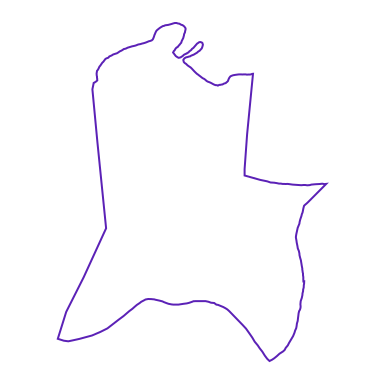 Cap Estate/Mon Du Cap, Gros Islet, Saint Lucia
{"feature_id": "8701671B34039397692989", "entity_name": "Cap Estate/Mon Du Cap", "entity_type": "district", "adm_level": 2, "iso_a3": "LCA", "parent_name": "Saint Lucia", "parent_adm1": "Gros Islet", "projection": "orthographic", "projection_center": [-60.937, 14.106], "detail": "fine", "context": "isolated", "style": "outline", "palette": "violet", "viewbox_px": 384, "rotation_deg": 0, "n_neighbors": 0, "source": "geoboundaries", "source_scale": "gbopen_adm2", "svg_char_len": 4860}
<svg xmlns="http://www.w3.org/2000/svg" viewBox="0 0 384 384"><path d="M269.5,361.0L272.1,359.7L274.2,358.3L276.9,356.1L279.5,353.7L283.1,351.4L284.7,349.9L285.7,347.9L287.8,345.4L289.0,343.0L293.1,336.1L294.5,332.7L295.1,330.6L296.2,328.2L296.6,326.1L296.9,323.6L297.7,320.9L298.0,318.2L298.3,315.9L298.6,313.3L299.1,311.2L300.0,309.6L300.5,307.8L300.6,306.2L300.4,304.3L300.7,301.1L301.8,297.9L302.4,295.1L302.5,293.4L303.1,291.1L303.1,289.8L303.7,287.5L303.8,285.2L304.1,283.5L304.2,281.3L303.4,281.4L303.3,279.2L303.3,277.1L303.0,275.2L303.0,273.5L302.6,271.9L302.6,271.2L302.3,269.7L302.3,268.6L301.8,266.0L301.5,264.1L301.2,262.3L300.9,260.3L300.2,258.0L299.5,255.1L299.4,253.5L298.9,251.1L297.8,248.4L297.4,245.9L296.7,242.5L296.5,240.9L295.9,237.5L295.9,236.9L296.1,235.4L296.4,233.7L296.8,231.9L297.3,229.6L297.7,227.8L299.4,223.7L299.6,222.1L300.1,220.0L300.6,218.4L301.4,216.1L301.9,214.0L302.5,212.7L302.9,210.9L303.3,208.7L303.7,207.1L304.1,205.7L305.4,204.5L306.5,203.6L307.9,202.3L326.2,183.9L324.5,184.1L322.2,183.7L319.8,184.0L317.8,184.1L315.9,184.2L313.5,184.4L311.4,184.6L309.7,185.1L307.3,185.3L305.2,185.0L303.5,185.0L301.3,185.2L292.6,184.6L289.1,184.1L287.5,183.9L286.0,184.0L282.4,183.9L280.9,183.6L279.0,183.6L276.7,183.1L274.1,182.7L270.6,182.5L267.4,181.4L265.6,181.0L260.7,180.0L259.9,179.8L244.6,175.5L244.6,169.1L247.1,134.4L253.0,73.8L252.1,73.9L251.2,74.3L250.2,74.5L248.9,74.5L247.6,74.6L246.6,74.6L245.7,74.4L244.5,74.4L243.7,74.4L242.5,74.5L241.2,74.4L240.4,74.4L239.1,74.4L238.0,74.5L235.8,74.8L235.0,74.9L234.1,75.1L233.3,75.2L232.1,75.6L231.4,75.9L230.5,76.3L229.9,77.0L229.3,77.8L228.6,79.2L228.3,80.0L227.9,81.1L227.0,82.0L226.5,82.3L225.7,83.1L224.6,83.4L223.5,83.8L223.0,84.2L222.2,84.5L221.2,84.6L220.1,84.9L219.2,84.9L217.9,85.6L217.0,85.2L215.4,85.1L214.1,84.6L212.7,83.9L211.7,83.3L210.1,82.5L208.8,82.0L207.7,81.6L206.5,80.9L205.6,80.0L205.1,79.6L204.0,78.8L202.7,78.2L201.5,77.3L200.4,76.4L199.3,75.6L198.2,74.7L196.9,73.8L195.4,72.4L194.2,71.2L193.0,69.9L192.0,68.8L190.7,67.5L188.6,66.1L187.5,65.3L186.1,63.9L185.3,63.4L184.7,63.0L183.8,62.0L183.5,60.8L183.3,60.0L184.1,58.7L184.9,58.0L186.2,57.3L187.3,57.1L188.3,56.8L189.1,56.5L190.0,56.4L190.9,55.8L191.5,55.5L192.8,55.0L193.8,54.6L195.1,53.8L196.5,53.0L197.4,52.4L197.9,51.8L198.7,51.3L199.8,50.6L200.8,49.4L201.7,48.5L202.3,47.0L202.6,45.9L202.9,44.7L202.6,43.7L202.4,43.0L201.8,42.5L200.9,42.2L200.1,42.0L199.0,42.3L198.1,43.0L197.1,43.6L195.9,45.0L193.4,47.9L192.0,48.9L191.3,49.9L190.7,50.4L189.4,51.3L188.4,52.5L187.3,52.9L186.7,53.6L185.8,53.8L183.9,54.8L182.7,56.0L181.6,56.7L180.5,57.4L179.3,57.7L178.6,57.8L177.6,57.3L176.7,56.7L175.8,56.1L174.9,54.9L174.3,54.1L173.6,53.2L173.1,52.5L173.8,51.1L174.7,50.2L175.5,48.7L176.7,47.4L177.5,47.2L178.9,45.4L179.8,44.5L180.4,43.6L181.2,42.8L181.7,41.1L182.5,39.5L183.3,37.9L183.6,36.6L183.9,35.7L184.1,34.2L184.7,32.9L185.0,32.2L185.1,31.2L185.3,30.5L185.5,29.7L185.6,28.9L185.5,28.2L185.0,27.5L184.6,26.9L184.2,26.4L182.5,25.1L181.6,24.9L180.9,24.6L179.4,23.7L178.0,23.5L176.5,23.0L174.8,23.0L173.3,23.4L171.8,23.9L170.4,24.3L168.2,24.9L165.9,25.2L165.2,25.3L163.9,25.9L162.8,26.1L161.6,26.8L160.6,27.4L159.7,28.0L158.3,29.1L157.1,30.1L156.4,30.8L156.0,31.6L155.5,32.5L155.0,33.9L154.6,34.6L153.9,36.8L153.6,37.6L153.3,38.3L152.9,39.2L152.5,39.7L151.7,40.4L150.0,41.0L149.1,41.2L148.5,41.4L147.6,41.8L145.6,42.6L143.3,43.3L142.3,43.5L140.4,44.1L138.2,44.5L136.0,45.4L135.0,45.7L133.3,46.1L132.2,46.3L129.6,47.1L127.6,47.7L125.8,48.6L123.7,49.1L122.5,50.0L121.3,50.7L120.1,51.2L119.3,51.7L118.2,52.5L116.9,53.3L115.5,53.7L114.3,54.1L113.1,54.5L112.1,55.2L110.7,55.9L109.4,56.4L108.3,57.7L107.1,58.1L106.2,58.5L105.5,58.9L105.0,59.5L104.5,60.2L104.1,60.7L103.3,61.8L102.4,62.6L101.9,63.3L101.0,64.6L100.2,65.8L99.6,66.4L99.1,67.3L98.6,68.5L97.8,69.9L97.0,70.9L96.8,72.3L96.6,73.3L96.7,75.1L96.8,75.9L97.0,76.6L97.0,77.9L97.2,78.7L97.2,79.7L97.3,80.3L96.6,81.1L96.1,81.5L95.4,81.9L94.8,82.4L93.7,82.9L93.2,85.4L92.4,89.3L97.4,142.1L106.1,228.3L83.7,277.2L66.2,311.9L57.8,338.8L63.8,340.7L68.3,341.3L72.6,340.4L79.4,338.9L86.4,337.0L92.0,335.5L100.4,331.9L107.4,328.4L112.3,324.6L118.5,319.8L123.6,316.0L129.3,311.1L132.4,308.8L134.3,307.1L135.7,305.9L137.0,304.8L138.4,303.9L140.0,302.8L141.2,301.8L143.9,300.4L145.5,299.5L148.2,299.0L151.3,299.1L154.4,299.4L155.3,299.7L159.4,300.6L162.5,301.4L163.9,302.1L166.5,303.1L168.5,303.8L171.5,304.4L173.3,304.6L177.3,304.6L178.4,304.6L183.6,303.8L186.8,303.4L189.2,302.8L191.8,301.9L193.6,301.2L197.7,301.1L203.1,301.1L205.4,301.1L208.6,301.8L211.0,302.7L214.2,303.0L216.3,304.6L218.1,304.9L220.5,305.9L223.2,307.0L225.4,308.2L227.3,309.4L229.3,311.2L241.7,324.0L242.3,324.6L246.0,328.6L248.2,331.7L250.3,334.7L252.3,337.6L254.7,341.7L257.7,345.3L259.7,348.3L262.3,351.6L264.8,355.6L267.2,358.8L269.5,361.0Z" fill="none" stroke="#5b21b6" stroke-width="2"/></svg>